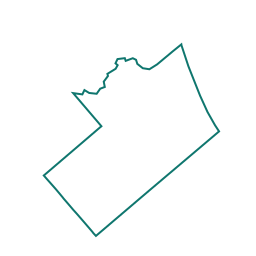 the district of Walton, Florida, United States of America, rotated 229°
{"feature_id": "52423323B98740457076881", "entity_name": "Walton", "entity_type": "district", "adm_level": 2, "iso_a3": "USA", "parent_name": "United States of America", "parent_adm1": "Florida", "projection": "mercator", "projection_center": [-86.07, 30.632], "detail": "fine", "context": "isolated", "style": "outline", "palette": "teal", "viewbox_px": 256, "rotation_deg": 229, "n_neighbors": 0, "source": "geoboundaries", "source_scale": "gbopen_adm2", "svg_char_len": 737}
<svg xmlns="http://www.w3.org/2000/svg" viewBox="0 0 256 256"><g transform="rotate(229 128 128)"><path d="M113.0,33.1L101.5,33.0L97.4,33.1L90.0,33.1L86.6,33.1L72.9,33.0L72.0,32.9L70.8,32.9L67.6,33.0L66.9,102.5L65.7,194.5L73.1,195.5L87.9,198.5L105.1,203.6L135.0,214.1L155.3,222.6L156.1,223.1L156.5,211.9L156.9,191.7L158.3,182.7L163.4,178.4L170.3,177.1L174.2,178.8L177.5,177.4L180.2,170.3L182.8,171.4L186.9,165.3L185.0,161.0L182.2,161.4L180.8,157.5L182.4,148.0L180.4,147.0L178.9,140.1L174.2,137.4L175.9,132.8L174.4,126.8L179.9,121.7L185.2,120.0L183.3,115.6L190.3,109.5L146.8,109.1L147.4,33.3L143.4,33.3L142.6,33.3L128.9,33.4L118.5,33.2L117.1,33.1L115.7,33.1L114.6,33.1L113.0,33.1Z" fill="none" stroke="#0f766e" stroke-width="2"/></g></svg>